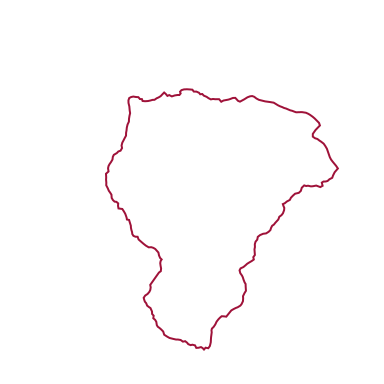 the district of Itatinga, São Paulo, Brazil, rotated 216°
{"feature_id": "56859067B26400224178841", "entity_name": "Itatinga", "entity_type": "district", "adm_level": 2, "iso_a3": "BRA", "parent_name": "Brazil", "parent_adm1": "São Paulo", "projection": "orthographic", "projection_center": [-48.634, -23.143], "detail": "fine", "context": "isolated", "style": "outline", "palette": "rose", "viewbox_px": 384, "rotation_deg": 216, "n_neighbors": 0, "source": "geoboundaries", "source_scale": "gbopen_adm2", "svg_char_len": 3844}
<svg xmlns="http://www.w3.org/2000/svg" viewBox="0 0 384 384"><g transform="rotate(216 192 192)"><path d="M258.8,270.3L260.4,268.2L260.6,266.1L259.1,265.0L259.2,263.1L260.7,262.0L262.7,260.0L264.5,257.5L267.4,257.0L268.4,255.3L270.8,255.9L273.0,256.1L273.3,254.1L273.7,251.1L274.6,248.9L275.7,247.0L276.5,244.6L278.1,243.3L279.5,241.5L281.1,239.7L283.4,237.8L285.5,236.6L287.1,237.7L288.8,236.6L291.1,237.2L293.2,235.9L295.6,234.7L297.1,233.0L298.0,231.1L297.3,228.8L295.7,226.7L293.0,224.4L290.3,221.3L288.4,219.4L287.4,217.0L286.0,214.2L284.4,211.8L283.8,208.7L282.6,205.8L281.2,203.4L280.1,201.1L278.5,198.8L278.1,195.7L277.7,193.3L277.4,191.0L276.3,188.2L274.4,186.4L274.1,183.4L275.4,181.5L275.7,179.3L277.1,176.1L276.7,173.9L275.4,171.5L275.1,168.4L275.1,166.3L274.8,164.0L273.9,161.9L271.6,159.5L272.3,156.2L270.1,153.5L268.8,151.5L266.8,149.2L265.3,147.0L262.5,145.6L260.0,144.1L257.9,143.4L255.6,142.5L253.5,140.0L251.2,139.0L249.0,138.7L247.4,139.6L245.0,139.4L243.7,137.3L241.8,135.5L238.4,137.3L235.8,136.3L233.3,135.2L231.8,134.2L229.8,132.8L228.5,131.5L226.5,132.4L224.4,130.8L221.7,128.8L220.4,127.2L218.5,125.5L217.0,124.4L215.6,122.9L213.6,122.1L211.4,122.6L209.7,123.8L207.3,122.2L204.2,121.9L200.7,121.6L197.8,121.5L194.5,121.8L192.5,123.4L190.4,124.1L188.2,124.3L186.4,123.9L183.6,123.3L181.4,121.3L179.0,119.9L176.9,119.6L176.8,117.7L175.9,115.8L174.1,113.9L172.0,111.9L170.7,109.6L171.4,107.4L171.2,92.3L169.4,90.6L168.2,88.3L167.8,86.2L168.0,83.4L169.0,80.7L168.9,78.0L167.4,76.8L165.7,75.6L163.7,75.1L161.5,73.7L159.1,73.6L157.4,73.7L154.1,71.8L152.6,69.9L150.3,69.4L149.1,67.1L146.7,66.9L144.6,66.0L142.2,63.6L140.5,62.9L138.5,62.9L136.2,62.7L133.3,62.2L130.6,60.2L127.0,60.4L124.4,60.7L120.9,62.1L118.1,63.3L116.6,64.4L114.2,65.6L111.4,65.6L109.8,67.3L107.3,67.2L105.6,66.7L103.1,67.3L101.9,68.7L99.4,69.7L96.9,68.4L95.1,69.9L93.6,71.8L91.7,72.0L89.7,71.6L89.5,74.0L87.0,75.2L87.0,77.8L87.7,79.6L88.5,81.5L90.2,84.1L91.2,85.7L92.5,88.1L93.6,90.1L94.9,91.5L95.6,93.2L95.2,95.7L95.3,98.5L95.9,101.6L95.8,104.6L95.5,106.7L95.0,108.9L93.2,110.1L91.0,111.3L90.7,117.4L90.6,119.3L89.5,121.8L88.3,124.1L87.3,125.6L86.1,128.5L86.0,130.4L86.6,133.6L88.1,136.0L89.5,137.7L90.1,141.1L90.3,143.8L92.8,146.8L94.6,149.1L96.3,149.8L98.8,151.4L100.8,152.9L102.5,153.8L105.2,154.7L107.5,156.6L107.8,158.8L106.3,161.5L105.6,164.3L105.2,166.3L104.4,168.3L103.1,171.3L102.3,173.7L104.1,175.3L104.1,178.0L106.3,180.6L107.8,182.4L108.7,184.4L110.5,186.7L111.4,189.2L111.2,191.8L112.4,194.4L111.6,197.2L109.9,200.0L107.7,202.1L106.6,204.9L106.2,207.3L106.9,209.3L107.3,211.8L106.6,213.7L106.5,216.2L106.0,220.5L106.8,223.3L106.0,225.8L105.9,228.2L106.8,231.4L108.0,233.4L109.7,234.4L111.4,235.6L110.3,237.5L109.7,240.0L108.2,243.1L108.6,245.5L108.2,248.4L107.6,251.2L105.1,254.1L104.6,256.9L105.7,260.0L105.1,263.3L103.2,263.9L101.8,265.3L99.2,266.4L97.7,267.6L95.3,270.2L91.1,271.4L90.0,273.8L92.5,275.9L91.8,277.7L90.0,279.1L88.8,280.6L88.3,283.1L86.9,285.9L87.6,288.3L88.2,291.8L87.8,296.8L90.9,297.9L96.0,299.2L98.6,300.0L101.0,301.2L108.3,306.3L111.3,307.6L113.9,308.5L117.1,308.6L119.2,308.5L121.7,308.6L124.1,307.8L126.8,307.8L128.4,310.0L128.5,314.6L128.0,318.4L127.6,321.0L129.9,322.6L136.0,323.6L138.6,323.8L141.7,323.8L143.9,323.6L146.4,323.1L150.1,321.2L154.6,317.7L156.6,317.1L158.6,316.6L160.6,315.8L165.0,314.8L166.9,314.1L169.0,313.7L171.1,313.1L173.3,312.7L178.4,312.3L182.0,310.5L186.1,308.3L192.0,305.9L194.9,305.5L197.6,305.6L199.7,305.0L201.3,303.5L202.8,301.2L204.2,297.7L206.3,293.3L208.3,292.8L212.3,293.6L214.2,292.1L215.8,289.6L216.9,288.1L220.3,284.5L221.4,282.2L224.6,283.0L227.6,280.8L229.7,279.6L231.2,278.0L233.9,277.6L236.1,277.6L239.0,276.9L241.3,277.3L242.8,275.9L244.7,276.4L247.5,275.8L249.6,274.3L251.8,275.0L253.7,273.9L256.4,272.2L258.8,270.3Z" fill="none" stroke="#9f1239" stroke-width="2"/></g></svg>